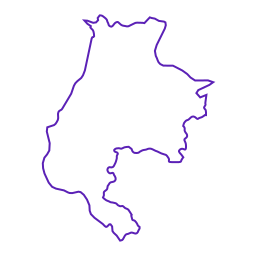 outline of Macvanski
{"feature_id": "SRB-838", "entity_name": "Macvanski", "entity_type": "District", "adm_level": 1, "iso_a3": "SRB", "parent_name": "Republic of Serbia", "parent_adm1": "", "projection": "orthographic", "projection_center": [19.594, 44.517], "detail": "fine", "context": "isolated", "style": "outline", "palette": "violet", "viewbox_px": 256, "rotation_deg": 0, "n_neighbors": 0, "source": "natural_earth", "source_scale": "10m", "svg_char_len": 5628}
<svg xmlns="http://www.w3.org/2000/svg" viewBox="0 0 256 256"><path d="M72.3,193.1L69.6,193.0L67.9,192.4L64.0,190.4L55.9,188.6L52.1,186.8L48.7,182.6L44.5,173.5L43.1,168.2L42.8,163.2L44.4,157.7L47.1,154.4L49.3,150.5L49.7,143.2L46.8,131.5L47.3,127.3L54.0,125.1L55.5,123.9L56.7,122.1L57.8,120.0L58.2,118.1L58.0,113.9L58.4,112.1L59.3,110.9L61.4,109.7L62.2,108.8L71.2,93.7L73.9,85.8L75.3,83.3L77.3,81.2L81.2,78.0L83.0,75.3L84.9,70.4L91.7,38.4L92.4,37.2L93.4,37.0L94.1,36.2L93.9,33.6L93.4,31.3L92.6,29.8L91.5,28.8L90.4,27.5L90.8,26.1L87.5,23.9L84.4,20.5L87.4,20.7L93.2,22.8L96.0,22.4L98.1,20.2L97.7,18.0L99.7,15.4L100.1,15.4L100.6,15.4L101.2,15.5L102.2,15.8L102.7,16.1L104.8,17.7L105.8,18.6L106.6,19.5L106.9,20.0L107.4,21.7L108.2,23.3L108.7,25.0L109.1,25.5L109.5,26.0L109.9,26.2L110.7,26.5L111.1,26.6L111.5,26.6L111.9,26.4L112.4,26.1L113.1,25.4L114.0,24.2L114.7,23.4L115.2,22.9L116.0,22.4L116.6,22.2L117.1,22.0L117.4,22.0L117.9,22.1L118.4,22.4L118.8,22.8L120.6,24.4L121.1,24.8L122.2,25.4L123.2,25.7L125.0,26.0L126.5,26.3L127.0,26.4L127.6,26.3L128.2,26.3L129.0,26.0L130.8,25.1L134.1,23.5L135.4,22.9L136.1,22.8L136.8,22.7L138.3,22.7L142.3,22.8L143.8,23.0L144.4,23.1L149.8,17.4L151.6,18.0L154.8,18.6L158.9,20.9L164.0,21.6L165.4,22.4L165.8,25.2L164.8,28.6L156.7,45.0L154.9,50.9L155.8,55.9L156.9,58.2L157.7,60.4L158.6,62.3L160.3,64.1L163.3,65.6L173.0,65.7L182.3,70.5L187.3,74.1L190.5,77.5L195.1,80.5L208.0,80.4L213.2,82.2L209.4,84.9L198.3,90.1L196.4,93.1L200.2,97.4L206.4,94.9L205.3,103.2L205.5,104.3L205.5,104.7L205.4,105.1L204.3,106.9L204.1,107.4L204.1,107.7L204.2,108.0L204.5,108.6L205.5,109.8L205.7,110.2L205.8,110.8L206.0,112.2L206.0,115.1L205.1,115.1L204.9,115.1L204.7,115.1L204.1,115.7L202.3,116.9L201.7,117.2L199.3,118.0L198.0,118.8L197.7,118.9L197.2,118.8L196.7,118.5L195.4,117.4L194.6,116.9L193.8,116.6L193.2,116.5L192.6,116.6L192.2,116.7L191.8,116.8L191.2,117.2L190.7,117.6L189.1,119.1L188.3,119.7L187.9,119.9L186.5,120.4L186.2,120.6L185.8,120.9L184.9,121.9L184.5,122.4L184.1,123.0L183.7,124.1L183.2,126.0L183.8,126.6L184.2,127.1L184.5,127.7L184.6,128.2L184.7,128.8L184.6,130.2L184.7,130.8L185.3,132.1L185.7,132.7L186.6,133.9L186.8,134.3L187.0,134.8L187.1,135.4L187.1,136.3L187.0,136.6L186.8,137.0L186.5,137.4L186.2,137.7L184.9,138.8L184.6,139.1L184.5,139.5L184.4,139.8L184.5,140.5L185.5,142.7L185.8,143.8L185.9,144.5L186.0,145.9L186.0,147.4L185.9,148.0L185.8,148.7L185.6,149.0L185.4,149.3L185.1,149.5L184.7,149.5L184.3,149.4L183.3,149.0L182.4,148.8L181.8,148.8L181.4,148.9L180.5,149.2L180.0,149.6L179.6,150.0L179.2,150.5L179.0,151.0L179.0,151.5L179.3,152.1L179.7,152.8L181.4,154.7L183.3,157.3L182.6,158.2L181.7,159.6L181.4,160.2L181.1,161.1L180.9,161.5L180.5,161.8L180.1,161.9L179.0,162.1L178.2,162.1L171.5,162.1L170.1,162.0L169.3,161.8L169.0,161.4L168.9,161.1L168.9,160.7L169.0,159.5L168.9,159.0L168.7,158.4L167.3,156.3L166.8,155.7L166.3,155.2L165.7,154.8L165.3,154.7L163.7,154.2L161.3,153.4L157.4,151.5L155.5,150.8L152.5,149.3L151.2,148.8L150.6,148.7L150.0,148.6L148.8,148.7L148.2,148.8L146.1,149.6L145.5,149.7L143.2,150.1L142.1,150.5L141.5,150.8L139.5,151.9L139.1,152.3L138.7,152.6L138.1,152.8L137.5,152.9L136.4,153.0L135.2,152.9L134.7,152.9L134.2,152.7L133.8,152.5L133.1,152.0L132.5,151.3L132.3,150.9L131.7,149.3L131.5,148.9L131.1,148.6L128.7,146.8L126.3,147.0L124.6,147.3L123.6,147.7L122.4,148.3L121.8,148.5L121.2,148.7L120.6,148.6L119.4,148.3L118.8,148.2L117.8,148.3L116.6,148.4L116.0,148.6L115.3,148.9L114.6,149.5L114.3,149.8L114.2,150.3L114.2,150.5L114.3,150.8L114.5,151.2L114.7,151.5L115.1,151.7L115.5,151.9L117.0,152.5L117.3,152.7L117.6,153.1L117.8,153.5L117.7,154.2L117.1,155.2L116.9,155.7L116.8,156.3L116.8,158.2L116.6,159.1L115.9,161.6L115.4,162.9L114.1,165.5L113.7,166.2L113.1,166.8L112.7,167.1L111.9,167.3L111.4,167.4L109.7,167.2L109.3,167.2L108.9,167.4L108.4,167.7L108.0,168.1L107.6,168.9L107.5,169.3L107.4,169.9L107.5,170.4L107.6,170.8L108.0,171.7L108.3,172.1L108.8,172.7L109.1,172.9L109.6,173.2L110.0,173.3L110.4,173.3L112.4,172.9L112.7,172.9L113.0,173.0L113.4,173.3L113.6,173.8L114.0,174.9L114.9,176.3L115.5,177.7L115.6,178.3L115.6,178.9L115.6,179.4L115.4,180.0L115.0,180.7L114.5,181.1L114.0,181.5L113.1,181.8L111.3,182.2L110.8,182.3L110.4,182.5L109.9,182.9L109.5,183.3L108.7,184.6L108.0,185.6L107.7,186.0L107.5,187.1L107.3,188.3L107.2,188.8L107.0,189.2L106.7,189.6L106.4,189.9L104.6,191.3L104.4,191.5L104.0,192.0L103.9,192.4L103.8,192.8L103.9,194.4L103.9,195.2L103.7,195.9L103.4,196.6L103.0,197.5L103.7,198.3L106.0,200.1L107.0,200.6L109.0,201.4L110.3,202.1L110.9,202.3L112.6,202.5L115.2,203.1L115.8,203.3L116.3,203.6L116.8,204.0L117.7,205.0L118.1,205.3L118.9,205.7L119.8,206.1L120.2,206.2L120.7,206.2L122.4,206.0L122.7,206.1L123.1,206.3L123.4,206.5L124.8,207.8L125.4,208.2L127.3,209.0L127.7,209.3L128.3,209.6L128.7,210.2L130.1,212.3L131.6,214.7L131.4,214.8L131.3,215.2L131.3,215.4L131.3,215.8L131.8,217.7L132.2,219.3L132.4,219.6L132.5,219.9L132.7,220.0L133.1,220.2L134.0,220.4L134.4,220.6L134.8,220.8L135.1,221.1L135.8,221.9L136.5,222.8L137.3,224.2L137.8,225.4L138.2,225.9L138.8,226.4L139.5,226.8L139.6,227.6L139.6,228.3L139.4,228.9L138.4,230.6L137.8,232.1L137.4,232.6L137.0,233.0L136.6,233.3L135.8,233.5L135.2,233.5L134.3,233.3L133.5,233.0L132.0,232.6L131.6,232.6L131.1,232.6L130.6,232.8L128.7,233.6L128.3,233.8L126.6,234.2L126.1,234.4L125.8,234.7L125.2,235.3L124.7,236.0L123.1,239.0L122.6,239.6L122.2,240.0L121.4,240.3L120.1,240.6L116.7,235.6L113.7,232.8L112.5,231.1L112.1,226.4L110.5,224.3L109.4,224.3L107.2,226.5L106.1,226.9L104.8,226.1L102.8,224.0L94.5,217.8L90.9,214.1L89.7,210.7L89.4,205.3L87.0,199.6L83.8,194.8L80.6,192.1L78.4,191.7L72.3,193.1Z" fill="none" stroke="#5b21b6" stroke-width="2"/></svg>